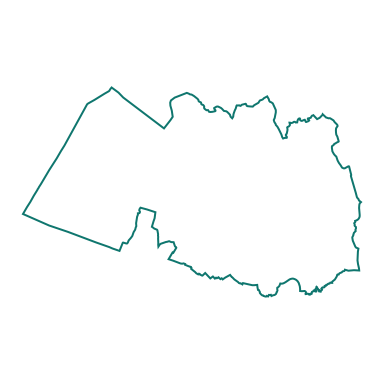 outline of Mueang Chachoengsao, Chachoengsao, Thailand
{"feature_id": "78962969B6762325431778", "entity_name": "Mueang Chachoengsao", "entity_type": "district", "adm_level": 2, "iso_a3": "THA", "parent_name": "Thailand", "parent_adm1": "Chachoengsao", "projection": "orthographic", "projection_center": [101.042, 13.718], "detail": "fine", "context": "isolated", "style": "outline", "palette": "teal", "viewbox_px": 384, "rotation_deg": 0, "n_neighbors": 0, "source": "geoboundaries", "source_scale": "gbopen_adm2", "svg_char_len": 6064}
<svg xmlns="http://www.w3.org/2000/svg" viewBox="0 0 384 384"><path d="M359.2,270.5L359.0,268.4L358.0,264.0L357.5,260.4L357.9,251.7L358.4,248.6L356.1,247.6L355.3,246.6L352.8,240.7L352.3,237.7L352.4,237.1L353.3,235.4L353.4,234.3L353.6,234.1L353.9,232.9L355.7,231.0L355.4,230.0L356.0,228.2L355.9,227.0L355.0,226.2L354.6,225.6L354.7,224.4L354.2,223.2L355.2,222.1L355.1,220.9L356.5,220.4L358.2,219.3L359.1,218.0L359.6,216.8L359.7,215.1L359.1,208.0L359.3,204.9L359.7,203.4L361.0,202.1L359.0,200.5L358.4,199.0L357.2,197.7L356.9,197.1L355.8,192.9L351.0,176.4L350.9,175.7L351.2,175.2L351.2,174.9L349.1,166.5L348.8,166.3L348.4,166.3L344.8,168.3L343.5,168.3L342.2,167.7L341.8,167.2L340.6,165.2L338.9,162.9L337.6,160.5L336.3,156.6L334.9,155.3L333.8,153.9L332.4,151.4L331.9,148.0L331.9,146.8L332.0,146.2L333.6,145.0L334.4,143.8L335.4,143.5L336.4,142.7L338.5,141.7L338.7,141.3L337.3,136.5L336.3,134.7L336.0,132.6L335.9,130.2L336.1,128.3L337.6,126.0L337.4,125.1L336.8,124.3L334.7,122.2L333.5,120.4L330.2,118.3L329.2,118.2L328.5,118.3L326.5,117.6L326.2,117.6L322.7,114.3L322.6,114.7L321.8,115.6L319.7,117.8L317.1,119.1L313.4,115.2L313.1,115.4L312.2,115.6L311.5,116.3L310.7,117.8L307.9,118.5L307.8,119.0L309.1,120.1L309.2,120.5L307.9,121.4L307.1,121.6L306.2,122.0L305.8,121.9L304.8,119.8L304.4,119.8L301.9,120.9L301.3,120.8L300.6,120.5L300.1,120.0L300.0,119.6L300.1,118.9L299.9,118.5L299.3,118.4L298.6,118.8L298.0,119.5L297.4,121.1L297.2,122.4L295.7,122.5L295.0,121.9L294.5,121.8L293.8,121.9L292.7,122.7L291.0,123.1L290.8,123.1L290.2,122.7L289.5,122.7L289.9,124.5L289.8,125.3L288.9,126.4L287.6,127.0L287.2,127.4L287.5,129.4L287.4,130.6L286.7,133.7L285.9,134.6L285.8,135.1L286.1,135.8L286.8,136.8L286.8,137.7L286.4,137.9L284.7,137.9L283.1,138.5L282.2,137.1L281.4,134.5L278.7,129.0L277.4,126.7L275.8,124.9L275.6,123.9L274.5,122.3L273.9,120.6L273.8,120.0L274.7,118.0L275.8,112.4L275.8,110.3L275.7,109.8L272.8,103.4L271.3,102.3L270.1,101.9L269.8,101.6L269.2,100.8L268.8,99.2L267.2,96.4L263.9,98.2L262.9,99.3L261.5,100.0L260.2,100.3L259.6,100.9L258.4,102.8L254.2,105.2L252.8,106.6L249.5,106.4L247.2,106.1L246.6,105.6L246.0,104.1L245.6,103.8L242.0,104.7L241.5,105.0L240.6,105.9L240.3,105.9L239.1,105.3L238.2,105.5L236.8,105.4L236.5,105.8L235.7,108.6L234.8,110.4L233.9,112.9L233.5,114.2L233.2,116.7L232.2,118.3L230.6,116.7L229.9,114.6L227.2,111.9L226.3,111.3L223.9,110.9L222.1,108.9L220.9,107.9L218.2,106.6L217.3,106.5L216.4,106.7L214.2,108.0L214.2,108.7L215.4,110.2L215.5,110.8L215.1,111.2L212.5,111.8L210.4,112.0L209.1,111.8L208.0,110.1L206.4,110.2L204.5,108.7L204.1,107.9L204.2,106.5L203.9,105.8L203.2,105.0L202.0,104.6L201.4,104.2L201.0,102.5L199.0,101.5L198.6,101.0L198.4,100.0L197.6,98.9L194.1,96.1L191.8,94.7L191.2,94.5L190.1,94.4L188.7,93.6L186.8,92.9L174.7,97.6L171.0,100.4L170.8,100.8L170.2,102.7L170.4,105.7L171.8,110.7L172.7,116.8L170.4,120.2L164.0,128.4L123.2,97.5L118.5,92.6L111.6,87.5L110.1,89.4L109.4,90.7L108.7,91.3L104.5,93.7L94.5,99.9L88.1,103.5L87.1,104.3L64.4,145.6L61.0,151.0L56.7,158.4L49.2,170.1L40.9,184.1L38.9,187.2L38.3,188.4L37.6,189.3L37.4,189.9L33.8,195.7L30.4,201.8L27.0,207.1L23.0,214.0L49.1,225.5L68.0,231.9L96.2,242.5L109.3,247.1L112.5,248.5L119.5,250.9L122.8,242.7L123.3,242.6L126.3,243.5L127.2,243.4L127.8,242.6L128.7,240.4L130.9,237.9L132.3,236.0L133.6,232.2L135.2,229.6L135.7,227.5L136.3,226.2L136.1,223.2L137.1,216.8L137.9,214.7L137.9,213.3L139.4,213.1L139.9,212.2L139.9,211.5L139.3,210.6L139.3,209.9L139.7,208.8L140.5,207.7L147.1,209.5L155.4,212.2L154.6,218.3L153.6,221.1L151.9,226.8L152.4,227.1L154.3,228.6L157.0,229.7L157.4,230.3L158.1,234.2L158.0,235.6L158.2,236.8L158.1,238.6L158.3,243.1L158.2,244.8L158.4,246.6L159.8,244.5L160.7,243.8L165.9,242.0L167.1,241.8L169.1,241.2L171.3,242.1L173.6,242.2L174.9,246.1L175.3,246.7L175.9,247.0L176.3,247.8L173.3,252.8L172.6,252.4L168.6,259.2L173.2,260.7L180.6,263.5L182.2,263.7L183.5,263.4L185.2,264.0L185.1,264.8L188.5,266.2L190.8,266.9L190.7,267.3L191.5,268.0L191.2,268.9L195.2,272.1L196.3,273.3L198.2,274.4L198.5,274.4L199.0,273.7L199.5,273.9L199.4,274.2L199.7,274.4L202.1,275.6L202.5,275.6L205.2,273.0L210.3,278.4L212.9,276.5L214.9,278.6L216.0,277.7L216.8,278.2L217.2,277.8L217.8,277.9L218.5,277.3L220.4,279.1L221.7,278.3L222.7,279.4L225.2,277.6L230.1,274.9L231.8,277.1L232.2,277.2L234.3,279.4L238.1,282.1L238.9,283.0L240.3,283.5L240.7,283.3L242.4,284.4L243.0,283.1L252.3,285.2L254.1,285.2L257.2,284.9L257.5,287.4L258.0,289.9L258.8,290.0L259.9,292.1L259.8,292.8L260.1,293.3L261.4,294.7L262.3,295.4L263.0,295.4L263.6,296.0L264.2,296.1L265.2,296.5L266.2,296.5L266.7,296.0L267.0,296.3L268.2,296.4L268.4,295.6L268.9,294.9L270.1,295.0L270.9,294.8L271.4,295.9L271.8,295.6L272.3,295.7L273.0,295.3L274.5,295.0L275.3,294.5L276.0,293.9L276.5,292.7L276.5,292.3L276.9,292.0L277.5,290.3L277.2,289.1L277.3,287.7L278.2,287.2L279.4,285.9L280.3,283.5L281.8,283.7L283.5,283.3L285.5,282.2L289.6,279.4L290.6,279.0L292.2,278.6L293.5,278.7L295.1,279.3L296.2,279.9L297.6,281.2L298.7,282.9L299.8,286.3L300.1,288.8L300.1,291.0L301.8,291.2L304.7,291.0L305.7,291.7L305.9,292.1L306.0,293.1L305.5,293.8L305.6,294.1L306.6,294.0L307.2,293.7L307.7,293.7L308.5,293.9L308.7,294.4L309.8,294.7L310.1,294.0L311.0,294.1L311.7,293.7L311.5,292.9L311.9,292.6L312.0,291.9L312.7,291.5L313.5,291.3L313.7,290.5L314.7,290.0L315.1,290.3L315.3,290.7L315.3,291.4L315.8,291.6L316.2,291.5L316.4,290.9L315.5,289.1L315.7,288.7L316.4,288.4L316.3,287.1L316.5,286.8L317.1,287.3L317.4,288.4L318.0,288.9L318.0,289.5L319.2,290.0L319.3,290.5L318.9,291.1L319.1,291.4L319.8,291.3L320.3,291.7L320.7,291.7L320.9,290.6L321.7,290.2L322.1,289.6L322.0,289.3L321.4,288.7L322.0,287.8L322.5,287.4L323.6,287.5L324.4,287.2L324.6,286.9L324.5,286.1L324.7,285.9L325.8,285.9L326.0,285.7L326.2,284.9L327.2,284.8L327.6,284.1L328.2,284.0L328.5,283.6L329.5,283.6L330.3,282.6L330.6,282.6L331.6,282.9L332.2,282.9L332.1,282.1L332.2,281.7L334.9,279.5L336.8,276.4L337.1,275.1L337.4,274.6L337.9,274.4L338.6,274.6L339.4,273.4L340.1,273.0L341.7,272.4L342.6,271.4L344.3,271.0L344.6,270.7L344.9,269.7L348.4,270.7L354.0,270.2L359.2,270.5Z" fill="none" stroke="#0f766e" stroke-width="2"/></svg>